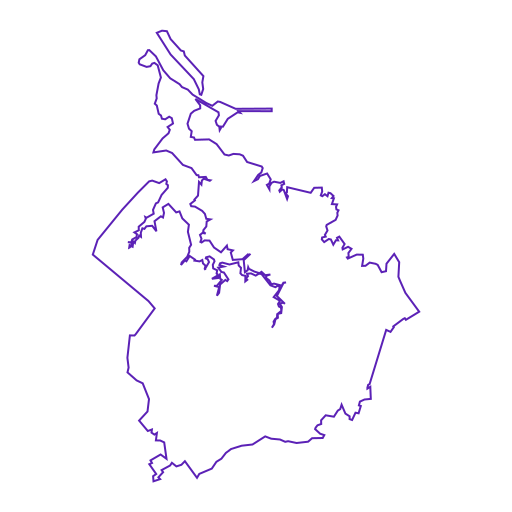 Whau Local Board Area, New Zealand (Mercator projection)
{"feature_id": "76426892B68447981538079", "entity_name": "Whau Local Board Area", "entity_type": "district", "adm_level": 2, "iso_a3": "NZL", "parent_name": "New Zealand", "parent_adm1": "", "projection": "mercator", "projection_center": [174.682, -36.899], "detail": "fine", "context": "isolated", "style": "outline", "palette": "violet", "viewbox_px": 512, "rotation_deg": 0, "n_neighbors": 0, "source": "geoboundaries", "source_scale": "gbopen_adm2", "svg_char_len": 6074}
<svg xmlns="http://www.w3.org/2000/svg" viewBox="0 0 512 512"><path d="M92.8,254.6L148.5,301.1L154.7,308.4L135.7,334.2L134.5,335.5L129.9,335.4L127.4,357.8L128.6,367.6L127.5,372.4L136.6,380.4L142.7,383.3L149.0,399.1L147.5,411.5L139.1,420.6L147.8,431.0L151.9,429.5L151.5,432.6L154.4,434.6L156.9,433.0L155.9,440.4L160.2,440.5L164.2,442.4L166.5,458.8L160.6,454.5L150.5,460.4L152.0,463.0L149.3,464.2L156.2,474.0L153.1,476.2L153.5,481.3L160.1,479.1L158.4,477.3L163.1,472.2L161.6,470.1L170.1,465.5L171.9,462.8L176.4,466.4L181.4,464.8L184.9,461.2L197.0,477.8L199.3,473.9L211.8,468.6L216.4,461.8L221.4,458.7L225.9,452.9L231.1,449.0L241.7,445.7L252.5,444.5L265.2,436.4L271.2,438.7L280.0,439.5L285.2,441.8L288.1,441.2L296.6,443.0L308.1,441.7L312.1,438.2L322.7,438.0L324.3,435.1L320.1,433.7L315.1,429.1L315.6,427.7L317.5,425.3L321.2,424.0L321.1,420.3L325.7,415.3L333.9,416.7L337.8,410.6L340.2,409.1L341.6,404.7L345.4,413.6L349.6,416.3L349.6,419.1L352.1,420.0L355.5,412.7L358.6,413.3L360.8,406.0L358.9,405.4L359.9,401.6L364.5,399.5L370.8,398.9L370.3,386.8L367.4,388.6L367.4,387.6L368.2,384.8L369.6,384.1L386.2,329.9L390.5,331.9L393.8,327.2L393.3,326.4L403.2,319.0L404.8,318.2L405.9,319.8L419.2,311.7L405.4,292.9L400.0,280.7L398.4,276.8L399.2,262.2L394.2,253.9L386.5,263.7L386.0,271.2L381.6,272.2L377.7,264.9L375.6,263.8L369.7,262.6L365.5,265.8L362.1,265.9L363.3,258.6L362.8,254.7L356.7,254.6L347.8,258.6L347.0,257.4L348.7,256.8L348.4,253.0L351.5,248.8L348.1,246.8L342.7,249.4L342.4,247.8L344.6,244.0L339.3,236.6L337.0,237.8L338.1,240.4L335.9,240.3L333.3,244.7L330.9,239.5L328.8,239.0L324.2,242.1L321.8,239.4L322.1,237.5L325.7,236.6L324.9,234.9L327.5,230.5L326.2,226.4L326.7,224.9L335.6,219.9L337.6,215.5L337.3,212.8L338.5,210.3L336.4,209.4L336.0,206.9L337.1,204.4L331.9,204.1L333.9,198.3L331.9,198.1L333.5,196.0L330.5,193.2L328.5,192.7L327.5,196.2L324.9,194.2L322.3,196.2L320.8,195.4L322.2,191.5L321.8,187.6L314.2,187.8L310.7,192.8L287.2,187.2L286.9,192.4L285.4,193.3L288.0,196.2L287.1,199.0L283.8,190.1L282.3,189.4L279.8,191.7L279.3,190.4L281.8,187.2L281.4,185.3L284.2,183.9L283.6,181.3L280.3,182.9L274.1,181.7L271.6,182.8L269.4,186.4L269.4,189.3L266.9,184.9L269.2,183.6L270.7,179.3L267.1,173.5L259.9,176.0L257.9,179.2L254.0,181.1L258.2,174.9L261.3,172.5L262.7,168.1L261.7,166.5L247.1,162.0L243.0,155.7L239.7,154.3L233.4,153.9L228.8,155.5L224.5,154.5L216.6,144.1L209.1,139.4L195.0,139.8L194.0,137.5L190.8,136.9L191.7,131.2L189.0,128.7L187.5,123.7L190.8,113.7L194.2,110.8L200.2,108.4L200.2,105.3L195.4,99.0L218.5,112.3L218.9,115.3L215.6,120.9L216.9,124.8L219.3,126.7L219.7,130.1L220.9,128.0L220.1,126.5L222.9,126.7L227.8,118.8L237.7,112.3L240.1,112.8L238.5,111.1L271.7,111.2L271.7,108.6L235.6,108.8L220.1,101.9L217.8,101.5L212.3,105.8L206.3,103.0L192.6,94.6L187.8,89.6L182.0,87.1L179.6,84.2L170.2,78.3L163.3,70.3L155.9,56.4L149.3,50.1L147.9,50.2L145.2,55.2L139.4,59.3L138.7,62.7L139.7,64.3L146.6,66.9L150.4,66.2L152.2,63.6L154.4,62.9L157.7,65.3L160.9,77.5L158.6,83.5L156.4,95.2L156.7,98.4L154.8,103.7L156.8,105.5L158.7,113.8L161.0,115.5L161.9,118.7L165.2,119.3L169.2,116.7L171.8,118.2L173.0,123.5L167.6,127.0L169.8,129.8L168.5,133.3L162.6,138.4L154.3,149.4L153.4,152.4L166.2,150.5L172.1,153.0L182.9,164.9L191.5,168.1L196.6,175.1L198.4,175.2L199.0,177.3L205.8,176.9L207.4,179.8L210.4,180.3L209.8,180.8L203.7,178.7L201.9,180.5L201.4,184.6L199.0,181.9L198.0,195.6L194.4,199.6L194.9,200.4L190.3,204.0L191.2,206.2L195.0,206.6L202.2,210.9L204.9,213.9L206.3,218.8L210.4,219.4L206.7,221.5L206.3,226.5L203.4,230.1L203.2,231.8L205.6,233.6L202.5,232.9L200.0,234.9L201.5,238.8L200.4,241.9L201.6,242.5L204.6,240.4L209.5,240.6L214.0,247.5L221.0,252.3L226.9,245.6L227.6,249.2L232.9,250.4L230.8,252.5L232.8,259.9L242.5,259.2L247.8,254.5L248.4,255.7L250.5,253.8L243.7,260.2L244.9,272.1L247.6,270.3L248.2,267.2L248.9,268.8L254.4,271.6L259.5,273.2L261.5,271.8L265.2,275.2L270.4,274.5L266.7,275.6L265.7,277.6L269.3,280.4L271.4,284.3L274.0,283.6L281.7,285.6L283.4,282.7L286.0,282.4L283.5,283.0L276.9,296.0L284.9,303.8L283.3,302.7L279.7,303.5L281.9,307.0L281.2,313.1L277.7,313.9L277.9,317.8L275.5,319.2L274.2,324.4L271.9,327.7L274.0,324.2L273.6,321.6L275.2,319.0L277.0,317.6L277.2,314.2L281.4,310.8L280.9,307.5L278.9,306.5L278.0,304.0L280.0,300.8L273.7,297.1L279.0,290.3L279.6,287.0L278.1,285.5L275.4,287.2L270.4,285.3L261.5,274.0L258.8,273.7L255.7,275.6L251.0,273.4L247.0,273.7L248.0,276.2L246.0,278.3L247.3,279.8L245.3,281.4L245.4,275.8L242.1,275.1L240.4,273.3L241.0,267.8L238.7,265.5L238.3,262.3L229.5,264.5L222.3,262.6L220.1,263.3L219.4,265.0L223.8,266.5L218.2,267.6L221.5,272.0L223.9,272.5L228.4,279.4L227.2,281.1L225.4,279.9L220.1,284.5L219.1,292.8L216.9,295.7L219.2,287.1L214.0,285.8L216.9,285.8L221.8,279.9L220.2,278.7L219.8,274.5L218.2,276.1L218.1,278.0L211.9,278.8L217.1,275.8L217.4,274.1L216.6,273.5L217.2,270.3L213.2,268.4L212.8,264.8L214.5,261.3L214.0,259.5L209.6,256.4L206.1,257.3L205.8,258.4L207.7,259.2L209.0,262.1L205.1,268.8L205.4,269.9L204.7,268.8L205.5,265.7L203.0,263.4L202.3,260.0L199.6,261.4L194.5,260.6L195.0,259.6L189.7,256.0L186.4,261.3L184.9,260.4L181.0,265.0L181.7,262.5L187.3,256.7L189.3,251.7L189.2,247.8L191.1,244.8L187.9,231.8L188.9,224.7L182.3,218.4L179.5,211.4L176.2,212.4L168.4,203.9L162.7,207.4L164.0,212.9L163.0,217.5L160.9,216.3L154.5,221.2L156.4,231.3L152.2,225.8L146.4,226.3L144.4,228.9L142.4,228.3L140.8,232.7L141.0,236.8L139.2,235.5L138.5,237.8L135.4,240.6L134.9,243.0L133.3,241.5L132.6,246.8L130.0,245.7L130.2,246.9L129.9,247.3L129.4,247.6L129.2,247.7L129.6,245.1L131.3,245.6L132.1,243.0L127.9,242.1L131.3,242.3L132.2,239.5L136.5,237.1L137.0,234.2L134.4,232.4L138.8,230.3L138.7,226.7L144.4,221.9L145.8,218.8L145.3,217.0L146.6,217.7L153.7,213.7L153.0,209.9L155.9,203.4L158.1,202.4L161.6,194.9L167.8,187.8L167.9,185.2L166.3,183.9L166.9,181.4L165.5,179.3L159.2,183.1L152.2,180.6L149.1,181.4L137.9,192.6L122.3,209.6L97.6,239.9L92.8,254.6ZM162.0,30.7L156.8,32.8L170.6,54.5L193.8,79.1L198.8,89.3L199.8,94.3L201.3,94.8L203.2,89.0L202.3,82.4L203.4,76.1L184.8,55.5L183.8,51.4L180.9,50.5L170.6,39.1L166.9,31.2L162.0,30.7Z" fill="none" stroke="#5b21b6" stroke-width="2"/></svg>